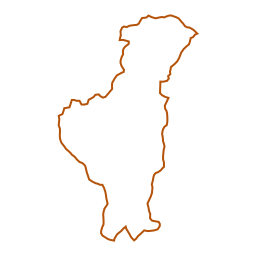 Borebi, São Paulo, Brazil (Albers equal-area conic projection)
{"feature_id": "56859067B22613522920734", "entity_name": "Borebi", "entity_type": "district", "adm_level": 2, "iso_a3": "BRA", "parent_name": "Brazil", "parent_adm1": "São Paulo", "projection": "albers", "projection_center": [-48.988, -22.685], "detail": "fine", "context": "isolated", "style": "outline", "palette": "amber", "viewbox_px": 256, "rotation_deg": 0, "n_neighbors": 0, "source": "geoboundaries", "source_scale": "gbopen_adm2", "svg_char_len": 2561}
<svg xmlns="http://www.w3.org/2000/svg" viewBox="0 0 256 256"><path d="M58.8,115.8L59.3,119.4L58.7,125.4L59.9,128.4L60.0,131.4L59.8,134.5L59.9,138.0L60.5,140.3L61.4,142.7L64.6,146.8L65.8,148.7L70.1,152.5L71.9,154.7L74.7,156.8L76.8,159.4L79.3,161.8L82.3,163.1L84.2,164.6L85.4,166.4L86.8,172.4L87.8,175.3L89.2,179.5L92.4,181.6L95.7,183.3L97.7,183.7L100.0,184.8L102.4,184.8L104.0,187.9L105.2,191.3L106.0,195.2L106.2,197.6L106.9,200.6L107.6,203.8L106.5,205.7L104.5,208.6L103.6,211.7L103.2,214.5L103.4,217.6L103.6,221.6L103.5,224.4L102.3,227.0L101.2,230.7L101.1,233.3L102.5,235.6L105.0,237.2L107.7,238.9L110.0,239.8L114.1,240.6L114.5,238.6L117.1,234.3L121.2,231.0L123.5,228.4L125.7,226.6L126.4,229.1L127.7,231.1L129.9,234.9L131.1,237.2L134.1,240.4L136.1,238.7L138.0,236.1L140.1,234.3L141.9,232.6L144.2,230.4L147.8,231.1L151.2,230.8L154.2,230.4L157.7,229.3L159.8,226.0L159.8,223.9L158.7,221.9L155.8,221.4L152.0,220.6L150.1,218.4L150.2,213.8L149.1,211.2L148.4,207.1L147.5,203.5L150.5,197.1L151.9,193.2L152.5,187.4L151.8,184.6L152.8,180.6L153.4,177.4L154.0,175.1L155.7,173.0L158.0,172.2L160.8,170.3L162.3,168.4L163.9,167.0L164.0,164.7L163.9,162.3L163.0,159.0L163.1,156.3L163.3,153.7L163.7,149.9L164.5,146.5L163.9,143.7L163.0,141.1L162.9,138.7L162.6,136.4L162.1,133.9L162.5,131.3L163.1,129.1L164.5,126.7L166.7,125.2L167.3,122.0L167.4,118.6L167.1,113.4L166.5,111.0L165.1,108.6L164.8,105.7L168.5,97.9L165.2,96.9L162.2,95.3L160.0,93.1L160.4,81.6L163.4,81.7L167.1,80.8L168.8,78.5L168.1,76.1L170.3,74.2L170.0,71.8L170.6,69.1L171.0,67.0L174.1,64.5L177.1,61.5L179.0,58.3L181.2,52.6L183.7,49.0L187.1,45.8L188.9,44.5L189.7,42.3L190.7,38.1L193.1,37.1L195.0,34.6L197.3,33.6L195.4,31.7L193.8,30.1L191.7,28.8L189.5,27.6L187.2,27.3L185.0,26.2L183.1,23.5L181.1,21.4L178.7,18.5L176.2,17.2L173.9,16.4L170.9,15.4L169.0,15.6L166.0,16.6L164.2,17.4L161.6,17.0L158.2,17.7L155.5,18.3L151.6,17.1L148.5,15.6L146.5,17.5L144.2,17.8L142.1,18.0L139.8,21.6L138.9,23.5L137.1,24.8L131.6,25.4L129.3,25.8L126.7,27.1L124.0,26.5L122.1,27.7L120.5,31.1L120.8,35.5L120.1,37.8L119.7,40.1L123.1,39.9L126.1,40.7L128.8,41.5L128.6,44.0L125.2,46.6L123.7,48.5L122.9,50.8L123.1,54.4L121.8,56.7L120.7,60.1L120.5,62.8L121.5,65.9L122.6,67.7L124.0,69.8L123.7,71.9L121.8,72.7L118.9,74.3L116.8,75.5L114.6,78.6L112.2,82.9L112.0,85.5L112.1,89.0L105.5,96.8L103.0,97.6L100.5,96.3L98.7,94.4L95.4,94.8L93.8,96.8L91.2,98.5L88.7,99.7L87.4,103.8L84.0,104.6L81.5,104.5L79.5,100.8L76.6,100.8L74.0,99.9L71.8,100.0L70.7,103.6L69.5,107.3L64.3,108.2L63.2,112.0L62.4,114.1L58.8,115.8Z" fill="none" stroke="#b45309" stroke-width="2"/></svg>